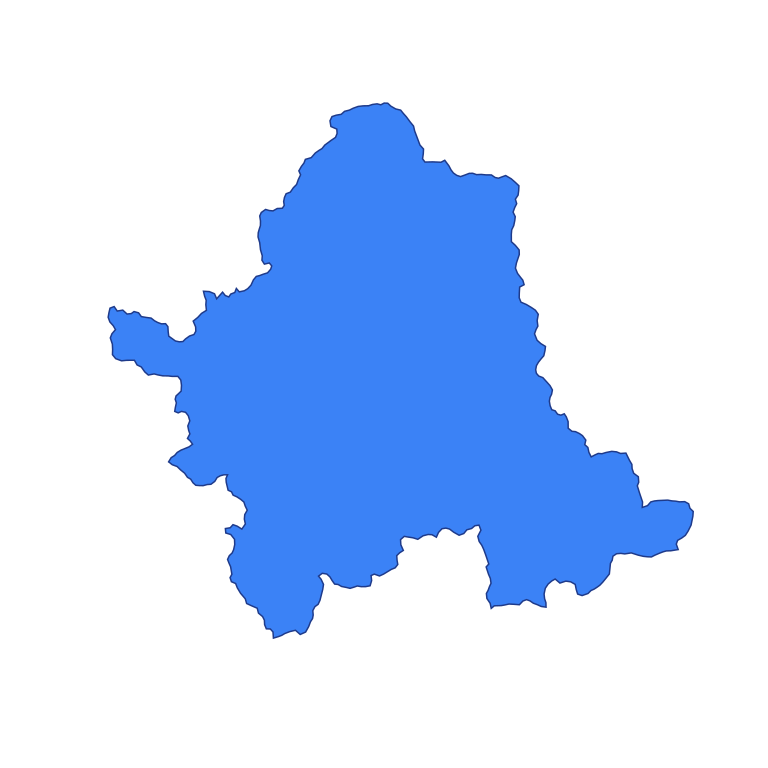 Mariana, Minas Gerais, Brazil (Mercator projection), rotated 159°
{"feature_id": "56859067B28014056344581", "entity_name": "Mariana", "entity_type": "district", "adm_level": 2, "iso_a3": "BRA", "parent_name": "Brazil", "parent_adm1": "Minas Gerais", "projection": "mercator", "projection_center": [-43.32, -20.336], "detail": "fine", "context": "isolated", "style": "filled", "palette": "blue", "viewbox_px": 768, "rotation_deg": 159, "n_neighbors": 0, "source": "geoboundaries", "source_scale": "gbopen_adm2", "svg_char_len": 6171}
<svg xmlns="http://www.w3.org/2000/svg" viewBox="0 0 768 768"><g transform="rotate(159 384 384)"><path d="M613.0,388.5L610.6,384.5L606.7,381.1L604.7,376.7L602.1,372.2L600.9,367.3L598.6,364.5L597.7,360.2L596.0,356.9L592.7,355.3L589.2,353.9L585.1,353.5L581.5,352.4L576.9,353.7L573.3,356.5L569.7,357.0L566.0,356.6L562.6,355.3L565.4,352.4L566.5,348.8L567.6,340.7L565.0,338.0L564.7,334.3L561.8,331.4L559.2,327.8L557.1,324.0L557.3,319.9L556.9,315.2L560.8,312.0L562.8,307.9L563.6,303.0L568.7,299.5L572.0,303.9L575.4,306.8L579.1,304.9L583.9,305.9L585.1,301.6L581.0,298.4L579.2,292.6L580.9,287.6L583.7,283.3L586.3,280.7L589.9,279.2L592.9,276.3L592.9,272.3L592.7,268.4L594.2,260.9L597.1,258.4L597.3,254.1L594.0,250.9L594.0,246.3L592.9,240.0L590.5,233.2L590.9,228.3L587.2,224.5L582.7,220.1L583.3,215.1L580.7,210.4L580.3,206.4L581.7,202.1L581.6,197.6L577.9,196.0L576.5,192.3L578.3,186.4L572.8,186.0L569.5,186.0L566.1,186.6L560.6,186.6L554.9,185.8L552.0,180.2L546.1,180.5L541.3,184.5L537.8,188.4L534.8,190.6L532.9,193.7L531.7,197.9L528.3,200.9L524.5,201.9L521.3,205.0L514.8,214.2L512.3,218.6L512.7,224.3L514.0,228.1L509.5,229.4L505.5,227.1L503.6,223.3L502.9,219.2L501.8,214.9L498.7,213.3L496.2,210.2L491.8,207.4L488.9,205.4L485.0,205.1L481.3,205.0L477.8,202.9L473.7,201.4L469.3,200.6L466.0,204.9L464.7,209.8L461.2,210.0L457.0,206.4L452.5,206.7L443.7,208.3L439.4,208.4L435.8,210.6L435.0,214.7L433.6,219.2L429.9,220.8L425.6,221.7L425.9,227.9L424.3,232.8L419.7,234.5L416.2,232.4L412.0,230.0L408.1,226.9L401.9,228.3L396.7,227.7L393.2,226.1L390.0,222.2L386.3,225.9L381.7,228.1L377.9,227.3L374.8,225.1L372.0,220.6L368.1,215.9L363.1,215.8L358.9,218.2L354.0,217.7L350.0,219.1L345.9,218.2L345.9,212.8L351.0,208.2L351.6,202.8L350.5,198.4L350.2,193.9L350.3,188.0L350.7,178.4L354.2,176.6L354.6,168.9L354.4,164.4L355.5,159.6L358.1,157.1L360.8,154.0L363.5,151.7L364.8,146.9L363.5,141.2L364.3,136.1L360.5,137.4L353.9,135.1L350.3,134.4L346.2,133.8L341.7,131.8L336.7,129.4L332.1,131.6L328.2,131.6L325.5,129.3L323.2,125.9L319.8,122.9L317.0,120.0L312.7,117.6L311.2,121.8L311.0,126.1L309.8,130.6L306.6,135.5L302.5,138.4L298.0,140.0L294.1,140.6L291.1,135.1L284.9,134.8L280.6,132.4L277.3,128.4L278.2,123.1L278.5,118.5L274.9,115.5L268.6,115.3L264.8,117.0L261.3,117.2L258.0,117.9L254.6,118.8L250.8,120.6L246.6,123.0L241.7,125.9L239.2,130.8L236.9,135.4L234.1,137.7L232.0,141.2L227.7,142.2L223.6,141.0L220.1,139.1L213.7,137.7L208.1,133.2L203.7,130.2L200.0,128.3L196.3,126.7L192.7,127.1L187.8,127.3L183.7,127.3L180.3,127.0L175.9,125.5L168.7,124.0L168.5,129.8L165.9,132.8L161.3,133.5L156.9,134.7L152.8,137.7L147.9,142.2L143.0,149.9L141.0,154.2L142.9,158.3L142.5,163.0L145.4,166.4L150.4,168.1L153.7,170.1L157.1,171.7L160.7,173.9L170.0,177.0L173.5,177.9L177.2,178.3L181.6,176.0L187.1,176.2L184.9,181.2L184.5,190.9L184.0,198.2L181.4,201.0L179.8,206.3L182.9,211.2L182.7,216.1L181.4,220.1L182.2,224.9L182.9,232.8L188.1,234.4L191.2,237.3L195.5,239.5L201.3,240.5L205.5,240.8L208.9,242.4L212.4,242.2L216.7,241.7L217.2,246.8L216.4,251.7L218.3,255.4L215.7,259.3L217.2,264.6L219.2,267.6L222.3,270.9L225.5,272.5L227.9,276.7L225.6,282.9L225.6,288.0L226.4,291.6L230.0,291.5L232.8,293.6L233.8,297.6L236.6,299.9L236.7,304.2L235.8,308.7L233.8,312.0L231.2,314.4L228.9,318.1L229.6,323.0L233.4,333.0L236.7,336.0L237.9,339.4L237.3,342.9L235.1,346.5L232.0,349.0L228.3,351.2L224.7,353.1L221.8,357.4L219.8,361.2L223.1,365.5L225.4,370.0L225.5,376.9L222.6,380.3L219.6,382.9L218.3,388.3L215.0,393.8L216.2,398.6L218.9,402.5L222.6,407.2L226.8,411.3L226.9,416.0L225.1,420.4L222.6,425.9L217.6,426.5L217.2,431.2L218.3,434.6L219.7,439.4L219.8,445.0L217.0,449.5L211.3,456.4L209.8,460.7L211.7,466.4L214.1,471.2L211.5,478.1L209.5,482.2L206.1,485.4L203.4,489.6L201.5,493.2L201.9,498.2L198.8,501.8L195.5,504.8L195.1,509.5L191.1,512.3L189.0,516.2L187.0,520.7L189.1,525.1L191.7,530.0L195.7,535.0L199.7,535.1L203.4,535.1L206.3,537.0L208.8,540.7L213.7,542.6L218.1,544.8L222.6,546.3L225.6,548.9L228.9,550.1L233.6,550.1L238.2,550.2L241.3,552.7L243.6,556.1L244.7,559.9L245.2,564.3L247.1,571.1L251.3,570.6L258.9,573.9L266.2,576.5L267.3,580.4L264.8,584.9L262.9,589.2L264.8,594.2L264.7,609.2L264.0,614.2L265.7,619.4L267.4,625.5L269.0,629.7L270.3,633.7L274.5,636.6L278.0,640.9L279.9,644.8L283.2,646.2L286.9,645.8L290.0,648.0L294.5,649.1L298.7,649.3L303.7,651.1L308.7,652.4L314.0,652.5L318.1,652.1L323.1,652.7L327.3,651.1L332.3,652.1L336.7,652.3L340.1,649.1L341.3,643.4L336.7,638.9L338.0,634.7L340.9,631.6L346.1,630.4L353.6,628.3L357.5,626.0L360.9,625.4L365.3,624.3L370.8,621.4L376.9,621.9L379.5,619.0L383.2,616.7L387.1,613.5L386.9,609.2L390.7,605.6L394.1,601.6L398.3,599.7L402.7,596.7L407.2,596.7L410.1,593.8L412.3,590.3L413.1,586.5L415.9,584.5L420.8,586.1L425.6,585.4L429.0,587.1L432.0,589.4L437.1,588.1L439.8,585.4L440.9,580.4L442.6,576.2L445.1,573.1L447.2,570.3L448.9,566.4L449.4,560.4L451.2,553.6L451.7,547.3L453.6,543.3L452.7,538.8L447.7,538.1L446.5,534.5L448.6,531.8L452.9,529.5L457.5,529.8L461.2,529.8L464.7,530.2L468.6,528.0L472.8,523.9L477.1,521.8L481.0,521.1L486.1,521.9L487.6,526.1L490.5,522.9L494.8,522.9L497.7,520.9L500.5,523.5L501.8,527.6L509.7,523.5L509.9,529.0L514.0,532.9L519.3,535.3L520.0,530.2L520.0,525.9L521.9,521.9L523.4,516.4L529.1,515.3L534.0,512.9L539.6,511.1L539.4,504.8L540.8,500.7L543.7,498.3L548.3,498.5L553.2,497.2L556.5,495.7L559.9,496.7L563.3,498.9L567.8,505.8L566.7,510.3L565.2,515.0L566.3,518.6L570.2,519.9L573.3,522.6L575.6,525.3L577.8,529.0L582.2,531.4L586.4,533.9L587.6,538.4L591.4,541.2L594.7,540.3L598.8,541.4L601.4,546.6L606.9,547.7L608.2,553.0L612.6,553.0L615.2,549.2L617.6,545.2L617.7,540.2L615.9,535.5L615.2,531.0L620.0,528.4L623.0,525.1L623.3,518.6L625.0,513.4L627.0,508.7L625.4,503.8L620.7,499.7L615.6,498.3L608.5,495.6L607.7,490.3L604.5,486.9L603.0,481.0L600.8,476.8L595.0,475.8L591.8,473.5L587.6,470.9L582.6,468.9L579.0,467.0L573.7,465.0L572.3,460.5L573.5,455.4L575.9,450.1L579.1,448.7L582.4,447.4L584.4,444.6L584.6,440.8L587.3,436.7L589.2,433.4L586.5,430.8L582.9,431.0L579.4,428.7L578.1,424.6L578.5,419.2L582.2,415.1L583.0,410.6L583.1,407.0L587.0,403.6L585.3,400.2L584.3,396.4L588.5,395.2L597.3,395.0L601.6,394.2L605.1,392.3L609.1,391.5L613.0,388.5Z" fill="#3b82f6" stroke="#1e3a8a" stroke-width="1.5"/></g></svg>